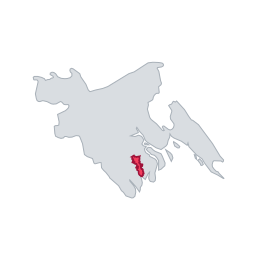 location of Pirojpur, Barisal, Bangladesh, rotated 330°
{"feature_id": "16705992B46028667424095", "entity_name": "Pirojpur", "entity_type": "district", "adm_level": 2, "iso_a3": "BGD", "parent_name": "Bangladesh", "parent_adm1": "Barisal", "projection": "mercator", "projection_center": [89.98, 22.515], "detail": "fine", "context": "in_parent", "style": "filled", "palette": "rose", "viewbox_px": 256, "rotation_deg": 330, "n_neighbors": 0, "source": "geoboundaries", "source_scale": "gbopen_adm2", "svg_char_len": 7380}
<svg xmlns="http://www.w3.org/2000/svg" viewBox="0 0 256 256"><g transform="rotate(330 128 128)"><path d="M91.0,179.0L91.0,173.3L87.2,162.1L87.4,160.8L86.6,155.4L85.7,152.4L85.2,149.2L87.4,144.6L86.5,143.9L81.5,142.5L81.0,141.3L82.0,136.7L78.4,132.4L77.0,129.2L80.8,118.8L81.8,111.6L81.5,110.2L79.2,108.6L75.0,107.9L72.1,106.5L70.3,104.5L68.9,103.7L67.1,104.3L64.8,103.5L62.8,101.4L61.2,98.9L61.9,96.2L64.9,89.8L66.0,89.6L68.7,90.8L69.6,90.8L71.4,88.3L73.8,81.0L82.2,81.7L84.2,81.4L86.3,80.8L87.5,79.9L88.1,78.8L87.9,77.8L85.3,76.4L84.3,75.4L83.6,72.4L82.8,71.3L77.8,71.2L75.1,69.9L73.7,68.7L71.1,64.7L67.9,61.7L64.8,61.0L63.6,60.1L63.0,58.6L63.4,56.4L64.9,52.1L73.3,43.0L73.5,42.0L73.2,40.8L70.7,39.4L70.6,38.6L71.3,36.7L72.7,36.5L75.6,38.2L78.5,41.0L80.3,43.6L80.3,45.5L82.6,45.9L84.5,46.8L86.5,46.5L87.8,47.0L88.7,46.9L89.0,45.7L87.3,42.8L88.1,41.6L90.1,41.7L91.5,42.8L92.5,45.0L92.7,48.4L94.9,51.5L97.9,53.7L100.2,54.8L103.1,55.5L105.5,54.8L106.7,52.6L106.1,50.7L106.5,49.0L107.5,48.0L109.0,48.1L110.1,49.4L113.4,56.8L112.7,60.1L113.4,69.1L112.6,75.0L113.1,77.3L113.7,77.7L118.6,78.8L125.8,81.1L131.2,82.0L156.0,81.4L161.4,82.5L177.9,81.6L182.4,83.5L187.3,86.6L190.0,88.8L190.5,90.2L190.2,91.3L189.3,91.9L187.6,91.9L183.7,90.4L183.1,90.9L183.0,94.4L179.9,103.2L179.4,105.9L178.3,107.0L175.1,107.6L172.9,112.7L172.0,113.3L169.9,112.2L168.5,112.4L166.9,112.9L165.2,114.1L164.0,115.5L162.7,116.0L158.1,115.9L157.2,118.3L154.2,121.4L152.1,129.7L152.3,132.2L154.8,138.7L156.6,147.2L157.3,148.1L158.2,148.2L158.2,144.3L159.1,143.8L160.1,144.2L162.3,149.4L163.5,150.8L165.4,151.1L167.6,150.4L169.2,148.8L169.9,147.2L169.3,141.5L170.4,139.1L174.1,135.7L174.7,134.6L174.4,128.9L175.8,128.7L177.7,129.1L180.1,127.7L180.9,127.7L181.9,129.2L183.6,128.9L186.1,140.3L186.4,148.3L186.9,152.7L187.9,153.7L190.7,160.4L193.4,183.7L193.7,198.5L194.8,203.5L193.8,204.6L192.9,204.8L192.1,203.1L186.0,199.3L184.6,199.7L182.5,201.9L181.7,203.9L182.0,206.7L182.7,209.5L184.1,211.1L184.2,212.9L185.9,219.5L185.4,219.5L182.1,213.5L178.1,207.6L176.8,197.0L176.7,191.7L173.9,185.5L171.4,174.7L172.5,170.9L170.6,172.6L167.6,166.1L162.8,159.7L161.5,156.9L161.4,154.1L159.4,156.9L156.6,158.8L153.8,161.8L151.9,162.6L145.9,163.2L142.5,159.3L137.5,149.7L136.9,147.5L137.5,141.9L136.3,136.6L136.0,131.8L135.1,132.3L134.8,133.6L135.0,135.5L134.6,137.2L126.3,136.1L129.9,138.9L133.7,139.6L135.6,142.1L135.8,146.3L132.0,148.8L132.3,150.9L134.5,153.5L131.9,154.2L131.2,155.9L131.1,158.3L133.0,162.0L132.6,163.4L135.8,168.2L136.4,170.5L135.6,173.8L128.8,180.4L126.9,185.0L125.2,187.2L123.1,187.6L120.6,185.4L120.5,183.1L121.1,181.3L124.6,177.0L122.7,177.6L117.2,181.2L116.1,178.2L115.4,175.5L115.4,172.2L118.1,167.3L115.1,169.7L114.3,172.8L114.6,176.5L114.2,179.0L113.1,182.4L111.5,184.4L108.9,185.7L107.7,187.7L106.0,189.1L105.4,182.4L103.5,173.3L103.1,175.2L104.1,180.9L104.0,184.5L102.6,187.5L99.8,190.6L97.6,191.0L96.3,190.5L92.3,185.8L91.9,181.4L91.0,179.0ZM141.0,179.1L136.0,180.2L133.4,179.8L138.2,171.6L138.1,167.9L137.3,164.9L134.9,162.5L134.7,160.8L133.7,158.4L133.1,155.7L135.8,154.8L138.0,156.4L138.8,159.5L139.9,161.9L143.7,166.7L143.6,169.6L142.6,176.9L141.0,179.1ZM151.9,176.4L148.8,178.6L149.8,165.6L152.1,170.4L152.7,173.0L151.9,176.4ZM163.6,169.9L162.3,170.8L161.0,170.0L159.4,167.0L160.2,163.1L160.7,162.6L162.6,166.5L163.6,169.9ZM175.0,197.2L173.2,197.4L172.4,196.4L172.8,195.2L172.3,191.0L174.6,190.5L175.4,194.1L175.0,197.2ZM173.1,185.5L171.8,189.7L171.2,187.8L172.1,184.2L173.1,185.5ZM137.1,151.7L137.6,153.0L134.8,151.3L134.1,150.0L135.3,149.4L137.1,151.7Z" fill="#d9dde1" stroke="#a8b0b8" stroke-width="1"/><path d="M115.2,176.3L115.5,176.3L115.7,176.8L115.8,176.9L116.3,176.9L116.5,176.8L116.6,176.7L116.8,176.4L117.2,176.5L117.3,176.5L117.3,176.2L117.6,175.9L117.5,175.5L117.5,175.4L117.5,175.1L117.6,175.3L117.8,175.5L118.0,175.4L118.1,175.6L118.3,175.6L118.3,175.4L118.3,175.2L118.5,175.2L118.4,175.0L118.4,174.8L118.4,174.7L118.8,174.7L119.1,174.7L119.1,174.3L119.4,173.7L119.2,173.6L119.1,173.3L119.1,173.1L119.2,172.9L119.2,172.7L119.3,172.6L119.5,172.4L119.7,171.9L119.8,171.9L119.9,172.0L120.0,172.0L120.1,171.7L119.9,171.4L120.0,171.3L120.0,171.2L120.1,170.9L120.1,170.7L119.9,170.6L119.7,170.4L119.6,170.1L119.5,170.5L119.4,170.5L119.4,170.4L119.2,170.4L119.1,170.2L119.2,169.8L119.2,169.5L119.4,169.5L119.6,169.4L119.6,169.2L119.4,168.9L119.3,168.7L119.4,168.3L119.4,168.2L119.6,167.8L119.7,168.0L119.9,168.0L120.1,168.0L120.3,167.9L120.1,167.7L120.2,167.4L120.3,167.4L120.4,167.5L120.5,167.6L120.7,167.9L120.7,168.1L120.9,168.1L121.1,168.0L121.2,167.9L121.3,167.9L121.4,168.0L121.6,167.7L121.6,167.4L121.6,167.5L122.1,167.3L122.1,167.2L122.2,166.9L122.3,166.9L122.4,166.7L122.2,166.5L122.1,166.3L121.9,166.2L121.9,166.4L121.7,166.4L121.4,166.2L121.4,166.3L121.2,166.3L121.1,166.5L120.8,166.6L120.8,166.4L120.7,166.3L120.5,166.2L120.6,165.9L120.3,166.1L120.4,165.6L120.4,165.3L120.5,165.3L120.4,165.1L120.4,164.6L120.3,164.3L120.2,163.9L120.1,163.7L120.3,163.5L120.3,163.3L120.4,163.2L120.7,163.4L120.8,163.5L121.2,163.4L121.4,163.3L121.5,163.2L121.6,162.9L121.6,162.4L121.4,162.3L121.5,162.0L121.4,161.9L121.3,161.6L121.4,161.4L121.6,161.2L121.9,161.0L122.5,160.8L122.5,160.6L122.7,160.4L122.7,160.2L122.8,160.1L122.9,159.8L123.0,159.8L123.1,159.5L123.1,159.3L123.3,159.2L123.5,159.0L123.7,158.8L123.8,158.7L124.0,158.5L123.8,158.5L123.7,158.3L123.3,158.4L123.3,158.1L123.2,158.1L122.9,158.0L122.7,158.1L122.6,157.8L122.4,157.8L122.3,157.7L122.2,157.7L121.9,157.5L121.7,157.5L121.4,157.6L121.4,157.4L121.2,157.3L120.9,157.3L120.7,157.3L120.7,157.2L120.5,156.8L120.3,156.6L120.0,156.5L120.1,156.4L120.0,156.2L119.8,156.0L119.6,156.2L119.4,156.3L119.3,156.2L119.5,155.6L119.5,154.7L119.1,154.7L118.9,154.7L118.5,154.7L118.3,154.7L118.1,154.7L118.1,154.9L117.8,154.9L117.7,154.9L117.6,155.1L117.4,155.1L117.2,155.1L117.1,154.9L116.9,154.8L116.7,154.8L116.8,154.9L116.9,155.0L116.9,155.3L116.9,155.6L116.9,155.8L116.9,156.0L116.7,156.0L116.3,156.4L116.1,156.6L116.0,156.8L116.3,156.9L116.5,157.0L116.7,157.3L116.2,157.3L116.1,157.5L115.9,157.6L115.7,157.7L115.8,157.7L115.9,157.9L115.9,158.1L116.0,158.3L116.3,158.2L116.5,158.3L116.6,158.5L116.5,159.2L116.4,159.2L116.0,159.1L115.8,159.1L115.7,159.1L115.2,159.5L114.9,159.7L114.7,159.7L114.5,159.8L114.5,160.0L115.1,160.1L115.3,160.1L115.7,160.1L116.1,160.2L116.5,160.4L116.7,160.6L116.3,160.9L116.2,161.1L115.9,161.2L115.6,160.8L115.5,160.7L115.4,160.8L115.3,161.1L115.5,161.3L115.8,161.5L116.1,161.6L116.3,161.6L116.4,161.8L116.3,162.4L116.2,162.9L116.8,163.0L117.3,163.1L117.4,163.3L117.4,163.5L117.4,163.8L117.3,164.2L117.2,164.5L116.9,165.0L116.6,165.3L116.5,165.5L116.3,165.8L116.5,166.0L117.0,166.0L117.5,166.0L117.6,166.3L117.5,166.5L117.1,166.5L116.5,166.3L116.4,166.2L116.2,166.2L115.8,166.0L115.6,166.0L115.4,166.0L115.2,166.1L115.1,166.3L115.1,166.7L115.3,166.8L115.5,167.0L115.9,167.1L116.0,167.0L116.3,166.9L116.5,166.9L116.7,167.0L116.8,167.0L116.9,167.3L116.9,167.5L116.6,167.8L116.3,167.9L115.9,167.9L115.6,168.0L115.4,168.1L115.2,168.4L114.9,168.5L114.8,168.8L114.8,169.0L115.2,169.4L115.5,169.9L115.6,170.1L115.6,170.6L115.5,171.0L115.4,171.2L115.3,171.3L114.9,171.9L114.7,172.3L114.5,172.8L114.4,173.1L114.4,173.4L114.4,173.8L114.4,174.1L114.5,174.6L114.6,174.8L114.9,175.2L115.0,175.6L115.2,176.3ZM115.3,176.9L115.3,176.7L115.3,176.9L115.3,176.9Z" fill="#f43f5e" stroke="#9f1239" stroke-width="1.5"/></g></svg>